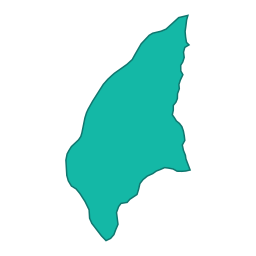 the district of Ouro Velho, Paraíba, Brazil
{"feature_id": "56859067B95037000270346", "entity_name": "Ouro Velho", "entity_type": "district", "adm_level": 2, "iso_a3": "BRA", "parent_name": "Brazil", "parent_adm1": "Paraíba", "projection": "natural_earth1", "projection_center": [-37.127, -7.609], "detail": "fine", "context": "isolated", "style": "filled", "palette": "teal", "viewbox_px": 256, "rotation_deg": 0, "n_neighbors": 0, "source": "geoboundaries", "source_scale": "gbopen_adm2", "svg_char_len": 1231}
<svg xmlns="http://www.w3.org/2000/svg" viewBox="0 0 256 256"><path d="M187.9,15.4L178.7,17.6L166.1,29.1L161.1,31.2L152.7,33.2L149.2,35.3L141.2,43.8L135.3,54.0L132.2,59.6L127.1,64.3L114.4,73.3L111.8,75.6L107.9,79.2L103.3,84.4L92.7,101.1L88.2,109.1L86.5,112.8L84.9,118.0L81.9,132.9L80.8,136.5L78.6,139.8L71.4,146.6L68.9,150.6L67.1,154.0L65.9,160.1L66.8,175.4L68.3,180.8L71.4,186.0L76.1,188.9L79.9,193.5L85.1,201.6L89.1,209.8L89.6,218.3L91.8,223.3L101.4,235.8L106.0,240.6L110.6,238.4L113.9,234.6L115.6,230.0L118.0,224.3L116.5,212.5L118.6,206.6L121.0,203.4L127.1,202.4L129.8,199.3L133.4,196.9L137.0,194.5L138.6,189.3L139.9,183.6L143.0,179.6L147.4,176.0L152.7,173.6L156.4,171.0L160.3,169.5L164.6,167.6L168.7,168.1L173.1,169.0L177.1,171.2L181.9,171.3L185.8,171.0L190.1,170.0L188.5,165.8L185.9,158.9L185.4,155.3L183.4,150.3L182.3,145.0L184.8,140.4L184.3,136.0L183.4,131.1L181.9,126.7L179.5,123.5L176.4,121.0L174.3,117.6L172.3,114.8L173.3,110.2L173.3,105.4L175.9,102.2L177.4,98.5L177.5,93.7L179.3,88.7L178.9,84.5L180.3,80.2L182.9,74.7L180.8,71.0L180.7,65.3L182.7,62.1L184.2,57.5L183.5,52.1L184.8,47.4L189.0,44.9L186.5,42.4L185.6,37.1L185.1,31.5L185.9,25.9L186.6,20.0L187.9,15.4Z" fill="#14b8a6" stroke="#0f766e" stroke-width="1.5"/></svg>